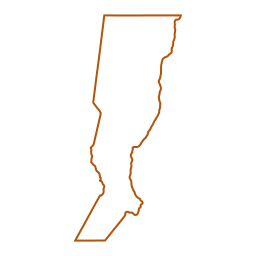 an SVG outline of Santa Fe
{"feature_id": "ARG-1310", "entity_name": "Santa Fe", "entity_type": "Province", "adm_level": 1, "iso_a3": "ARG", "parent_name": "Argentina", "parent_adm1": "", "projection": "equal_earth", "projection_center": [-60.696, -31.191], "detail": "fine", "context": "isolated", "style": "outline", "palette": "amber", "viewbox_px": 256, "rotation_deg": 0, "n_neighbors": 0, "source": "natural_earth", "source_scale": "10m", "svg_char_len": 4167}
<svg xmlns="http://www.w3.org/2000/svg" viewBox="0 0 256 256"><path d="M161.1,15.4L180.8,15.4L180.4,16.9L179.9,17.9L179.3,18.8L178.4,19.4L177.6,19.7L176.5,19.7L176.0,19.8L175.5,20.0L175.2,20.5L174.9,21.0L174.7,21.7L174.7,22.3L174.7,23.0L174.8,24.2L174.9,24.9L174.6,26.9L174.7,27.6L175.2,29.2L175.3,29.8L174.6,34.4L174.7,37.2L174.7,37.9L174.5,38.6L174.3,39.2L173.3,41.5L173.2,42.1L173.2,42.7L173.2,43.0L173.2,43.4L173.2,43.7L172.9,44.9L172.9,45.8L172.7,46.5L172.1,47.7L171.9,48.4L171.7,48.4L171.8,50.8L171.6,52.0L171.2,52.9L170.8,53.3L169.6,54.1L168.8,54.8L168.1,55.7L167.3,56.3L164.7,57.5L163.9,58.0L163.2,58.6L162.6,59.5L162.2,60.5L161.3,64.7L161.1,65.9L161.0,73.2L160.1,78.0L159.9,78.5L159.0,80.4L158.8,81.4L159.0,82.5L159.9,84.4L160.8,87.3L160.9,88.6L160.8,89.2L160.7,89.9L159.9,91.6L159.7,92.2L159.6,92.9L159.5,94.2L159.4,94.9L158.9,96.7L158.9,97.3L159.1,98.8L159.3,100.5L159.5,101.1L160.2,102.7L160.3,103.3L160.3,103.9L160.1,105.2L160.1,107.3L160.0,107.9L159.4,109.6L159.3,110.3L159.2,112.3L159.0,113.0L157.4,116.3L156.0,118.5L155.4,119.7L154.2,121.5L153.2,123.8L151.6,126.4L150.0,129.8L149.6,130.2L148.6,131.4L148.3,131.8L147.5,134.8L147.4,134.8L147.2,135.3L146.1,136.9L145.6,137.9L145.5,138.1L145.3,138.2L144.9,138.4L144.7,138.5L144.3,138.8L144.0,139.4L143.9,139.5L143.6,139.7L143.2,140.1L143.0,140.4L142.7,141.0L141.9,141.9L140.6,144.2L139.9,145.2L139.0,146.1L138.5,146.4L138.0,146.7L137.4,146.9L136.8,147.0L135.0,147.0L134.4,146.9L133.9,147.0L133.2,147.2L133.0,147.4L132.8,147.6L132.7,147.8L132.6,148.1L132.7,148.5L132.8,148.7L132.7,148.8L132.7,149.3L132.6,149.9L132.3,150.9L132.2,152.0L132.1,152.4L131.9,152.8L131.2,154.0L130.9,154.8L130.8,155.7L131.0,156.6L131.3,157.4L132.0,158.6L132.3,159.3L132.4,160.0L132.3,160.6L131.4,162.4L131.2,163.0L131.2,163.7L131.4,165.8L131.4,166.5L131.3,167.2L130.7,169.3L130.6,170.0L130.6,170.7L130.7,172.8L130.6,173.5L130.5,174.3L129.7,176.5L129.6,177.2L129.7,177.8L129.8,178.4L130.8,180.1L131.1,180.7L131.3,181.4L131.5,184.5L131.7,185.9L132.1,187.2L133.5,190.5L133.9,191.3L134.0,191.4L134.3,191.6L134.4,191.8L134.5,192.0L135.2,194.4L135.3,194.7L136.8,196.8L138.4,198.1L138.9,198.3L139.3,198.6L139.5,198.7L139.8,198.9L140.2,199.5L140.5,200.2L140.7,200.4L141.3,201.0L142.1,201.5L142.6,202.3L142.6,202.7L142.5,203.3L142.4,203.5L142.0,204.0L141.7,204.2L141.5,204.3L141.2,204.4L140.9,204.5L140.8,204.9L140.7,205.3L140.6,205.6L140.6,205.9L140.6,206.1L140.7,206.5L140.7,206.9L140.5,207.1L140.2,207.5L139.1,208.4L139.0,208.6L138.9,208.8L138.8,210.4L138.6,211.3L138.5,211.7L137.5,213.9L137.3,214.3L136.7,214.7L136.1,214.8L135.9,214.9L135.5,215.0L134.9,214.9L134.5,214.7L134.3,214.6L134.1,214.5L133.3,213.6L132.3,212.8L132.2,212.7L129.5,212.6L129.2,212.5L128.3,211.9L128.2,211.9L127.7,211.8L127.2,211.8L126.9,211.8L126.2,212.0L125.9,212.2L125.7,212.5L125.5,212.8L125.2,213.6L125.4,214.7L124.5,216.2L119.9,222.1L113.6,229.8L105.1,240.5L103.7,240.5L90.0,240.6L75.2,240.6L85.6,221.7L93.5,207.2L99.4,196.6L100.1,195.5L100.5,195.6L101.0,195.5L101.2,195.4L101.3,195.4L101.7,195.1L102.1,194.7L103.0,193.6L103.4,192.8L103.5,192.6L103.6,191.9L103.6,191.1L103.6,189.0L103.7,188.2L104.1,187.4L104.2,186.9L104.3,186.6L104.2,186.3L104.2,186.0L104.0,185.5L103.9,185.3L103.8,185.2L103.1,184.5L103.0,184.4L102.9,184.2L102.4,183.0L101.7,181.4L101.5,181.2L101.3,181.1L101.2,181.0L100.4,180.9L100.2,180.8L100.0,180.7L100.0,180.3L100.4,179.8L100.5,179.6L100.6,179.3L100.7,179.0L100.7,178.8L100.7,178.5L100.7,178.1L100.7,177.9L100.5,177.7L100.3,177.5L100.1,177.3L99.9,177.1L99.9,176.8L99.8,175.7L99.6,174.6L99.4,173.8L99.4,173.6L99.0,173.1L98.7,172.7L96.8,171.1L96.2,170.0L96.0,169.4L95.2,166.5L95.1,166.1L94.5,165.6L93.7,165.2L92.6,163.8L92.1,163.3L91.3,162.4L91.4,159.6L91.5,158.7L91.7,158.1L91.9,157.6L92.2,156.6L92.2,156.2L92.1,155.8L91.9,155.4L91.5,154.8L91.5,154.7L91.4,154.5L91.4,154.3L91.2,152.2L91.2,151.7L91.3,150.1L91.3,149.7L91.3,149.4L91.2,149.1L90.8,148.3L90.8,148.1L90.8,147.7L91.2,147.2L92.2,146.2L93.4,144.9L93.8,143.8L100.5,114.8L100.7,112.8L99.4,110.7L93.5,103.1L93.3,102.5L93.3,101.7L94.5,92.4L96.7,74.9L98.0,65.6L100.2,48.2L102.7,28.2L104.3,15.4L130.2,15.5L149.1,15.4L161.1,15.4Z" fill="none" stroke="#b45309" stroke-width="2"/></svg>